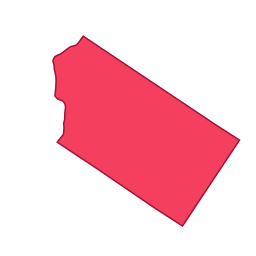 Mercer, Illinois, United States of America, rotated 33°
{"feature_id": "52423323B81456480452188", "entity_name": "Mercer", "entity_type": "district", "adm_level": 2, "iso_a3": "USA", "parent_name": "United States of America", "parent_adm1": "Illinois", "projection": "albers", "projection_center": [-90.946, 41.199], "detail": "fine", "context": "isolated", "style": "filled", "palette": "rose", "viewbox_px": 256, "rotation_deg": 33, "n_neighbors": 0, "source": "geoboundaries", "source_scale": "gbopen_adm2", "svg_char_len": 663}
<svg xmlns="http://www.w3.org/2000/svg" viewBox="0 0 256 256"><g transform="rotate(33 128 128)"><path d="M228.1,77.4L196.7,77.6L193.9,77.5L40.4,75.4L40.0,83.2L39.5,86.3L38.7,87.7L35.9,90.6L34.4,93.6L31.7,101.3L30.7,103.3L29.0,105.6L27.9,108.0L28.0,111.4L28.4,112.3L29.2,113.3L31.8,115.6L34.1,118.7L37.5,122.0L40.0,124.8L42.1,127.8L45.3,133.2L49.2,140.9L52.6,141.9L53.5,142.0L57.8,141.0L59.3,140.9L62.1,142.3L63.0,143.1L64.5,145.0L67.0,150.1L70.1,155.0L71.5,159.2L74.1,162.5L77.2,168.1L77.3,168.9L76.8,172.9L76.4,177.5L76.5,178.3L76.5,178.5L124.9,179.0L194.2,180.6L227.1,180.5L227.4,146.3L228.1,77.4Z" fill="#f43f5e" stroke="#9f1239" stroke-width="1.5"/></g></svg>